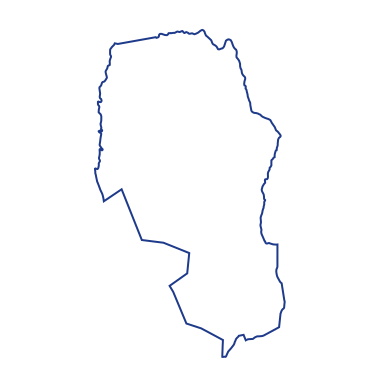 the district of Guajiquiro, La Paz, Honduras, rotated 184°
{"feature_id": "27666195B37681585704124", "entity_name": "Guajiquiro", "entity_type": "district", "adm_level": 2, "iso_a3": "HND", "parent_name": "Honduras", "parent_adm1": "La Paz", "projection": "equal_earth", "projection_center": [-87.784, 14.092], "detail": "fine", "context": "isolated", "style": "outline", "palette": "blue", "viewbox_px": 384, "rotation_deg": 184, "n_neighbors": 0, "source": "geoboundaries", "source_scale": "gbopen_adm2", "svg_char_len": 6073}
<svg xmlns="http://www.w3.org/2000/svg" viewBox="0 0 384 384"><g transform="rotate(184 192 192)"><path d="M207.8,96.8L203.8,91.1L188.4,60.4L173.3,56.6L150.8,46.5L150.7,41.3L150.3,29.7L149.7,29.6L147.9,30.0L147.1,29.9L146.9,30.1L146.6,30.3L144.8,35.3L142.0,39.0L139.7,42.5L139.2,43.7L138.9,45.2L138.3,46.7L138.0,47.9L137.8,48.4L137.2,49.3L135.6,51.1L135.3,51.8L130.6,53.1L128.0,47.8L127.2,48.3L126.1,48.9L124.7,49.2L121.4,49.6L120.7,49.9L119.8,50.8L118.6,51.7L117.2,52.4L116.5,52.6L115.0,52.7L112.0,53.2L110.5,53.8L95.7,63.2L95.2,77.0L94.9,77.8L94.6,79.0L94.1,80.3L93.4,81.4L92.6,82.0L92.4,82.3L92.1,82.9L92.0,83.7L92.0,86.0L91.9,88.4L91.9,89.1L92.4,90.6L96.2,107.2L97.2,107.9L98.0,108.7L100.6,112.8L101.1,113.7L101.4,114.6L101.9,116.1L102.1,117.1L102.4,118.6L102.4,120.3L102.2,121.2L101.7,122.5L101.6,123.7L103.1,145.6L104.0,145.4L107.4,145.4L110.5,146.1L111.6,146.5L112.1,146.4L113.2,145.9L113.9,145.8L114.4,145.9L115.0,146.4L115.3,146.8L115.6,147.8L116.0,148.0L116.5,148.7L116.8,149.4L117.3,150.4L118.5,152.7L119.8,155.2L120.0,156.1L120.2,157.0L120.1,158.7L120.1,159.3L121.1,162.3L121.4,163.6L121.4,164.2L121.2,165.4L121.1,166.8L121.7,170.7L121.7,171.6L121.3,173.3L120.6,175.4L120.2,178.8L119.9,180.0L119.5,181.1L119.5,182.5L119.1,184.4L119.2,186.6L119.2,187.2L119.0,187.9L118.5,188.5L118.5,188.8L118.5,189.1L119.4,189.9L119.6,190.2L119.7,190.9L119.9,192.7L120.2,194.0L120.4,194.7L121.9,197.1L122.4,198.2L122.6,199.0L122.6,199.6L122.4,200.5L122.0,202.6L121.7,203.1L120.8,204.9L119.7,206.3L119.8,207.3L120.1,208.8L120.0,209.4L119.8,209.7L119.5,209.8L118.0,210.1L117.7,210.5L117.4,211.1L117.3,212.0L117.3,212.8L117.6,215.4L117.4,217.1L116.2,219.8L116.2,220.2L116.2,221.1L116.2,221.6L115.3,222.7L114.9,223.5L114.7,224.0L114.7,224.7L114.8,225.6L114.9,227.7L115.0,228.5L115.0,229.0L114.8,229.5L113.9,230.3L113.0,231.9L112.0,232.5L112.0,233.0L112.1,233.7L112.1,235.5L111.5,238.6L111.1,239.4L110.8,239.6L110.5,239.6L110.4,239.9L110.5,241.4L110.4,242.1L110.1,243.1L109.8,244.5L109.8,245.5L109.9,246.7L109.8,247.9L109.8,249.3L109.7,250.4L109.4,251.2L109.1,251.9L108.8,252.3L108.2,252.8L107.6,253.5L107.5,254.0L107.6,254.7L108.8,256.2L109.3,256.7L110.2,257.7L111.2,258.6L112.1,259.1L112.5,259.5L113.7,262.0L114.1,262.7L117.2,266.5L118.6,268.8L118.9,269.2L119.9,269.7L121.2,270.2L124.0,270.9L126.9,272.0L128.1,272.8L129.2,273.9L130.1,274.1L131.5,274.8L133.4,275.2L135.5,275.3L136.3,275.5L137.8,276.4L138.2,276.9L138.6,277.8L138.9,279.1L139.8,282.4L140.2,285.1L141.7,287.9L142.0,288.9L143.0,291.1L143.5,293.6L144.2,295.5L144.8,297.7L145.4,298.6L145.7,298.8L145.8,299.0L145.8,299.4L145.7,300.3L145.7,300.9L146.0,301.4L146.2,301.7L146.6,301.9L147.1,302.0L147.4,302.9L147.5,304.0L147.4,305.5L147.3,306.3L146.8,308.5L146.9,309.4L147.1,310.0L147.4,310.5L148.9,311.8L149.7,312.7L150.3,313.8L150.6,314.6L151.1,317.0L151.6,318.0L152.1,318.6L152.6,320.2L152.8,321.0L153.0,323.3L153.9,325.6L154.3,326.4L155.4,327.8L156.5,328.9L157.0,329.6L157.1,330.3L157.2,331.4L157.0,333.9L157.3,335.6L157.5,336.2L158.0,337.1L158.9,337.7L160.3,339.1L161.5,341.3L161.6,341.6L162.8,344.4L163.9,346.1L165.2,346.7L166.3,346.8L166.5,346.6L167.0,346.6L168.5,345.5L168.7,345.3L168.8,344.8L170.1,339.6L170.4,339.0L170.9,338.2L171.4,337.7L171.8,337.4L173.0,337.0L174.7,336.2L175.2,336.2L175.6,336.2L176.0,336.3L176.2,336.6L177.5,338.6L177.9,339.0L179.0,339.8L181.1,340.8L181.6,341.2L182.2,342.1L183.2,344.3L183.6,344.9L187.6,348.1L188.8,348.9L189.4,349.8L190.0,351.1L190.3,351.6L190.5,352.4L191.1,353.2L191.7,353.9L192.3,354.2L192.9,354.4L193.4,354.3L194.1,353.9L195.3,353.0L197.0,351.4L199.1,350.2L200.4,349.6L200.9,349.6L201.3,349.8L203.0,350.3L203.9,350.1L205.2,349.7L205.9,349.7L206.4,349.9L206.9,350.4L207.5,350.7L208.8,351.1L209.5,350.8L210.3,350.2L210.7,350.1L211.3,350.4L212.5,351.7L212.9,351.9L213.3,351.8L215.4,350.7L216.3,350.8L217.4,351.0L218.0,351.0L220.4,349.5L222.0,349.4L223.6,349.0L224.3,349.1L224.9,348.8L225.8,348.9L226.4,348.8L226.5,348.7L226.7,348.1L227.0,347.5L227.6,347.0L228.0,346.7L229.1,346.7L230.3,346.8L233.2,347.6L234.1,347.6L234.9,347.5L235.3,347.1L235.7,346.7L235.8,346.0L235.9,345.0L236.3,344.2L236.5,344.0L238.1,343.3L238.4,343.4L239.0,343.9L276.3,334.5L279.4,334.9L279.9,333.6L280.2,333.1L281.8,331.3L282.6,330.1L283.3,329.0L283.6,328.2L283.4,324.6L283.2,323.4L282.9,322.8L282.3,321.9L282.2,321.4L282.3,320.7L282.7,319.5L283.2,317.2L283.2,316.1L283.0,315.0L282.9,313.1L283.1,312.8L284.2,312.3L284.7,311.9L284.9,311.3L285.0,310.2L285.2,309.3L286.4,306.9L286.6,306.3L286.5,305.6L286.4,304.9L285.0,300.8L284.9,300.2L285.0,299.7L286.0,297.8L286.8,296.5L287.4,296.0L288.7,295.5L289.3,294.9L289.5,294.4L290.0,292.2L290.3,291.6L291.6,290.0L291.6,289.8L291.6,288.8L290.5,283.8L290.6,282.0L290.7,280.7L290.6,280.1L290.5,279.6L290.2,279.1L289.9,278.8L289.4,278.6L289.0,278.0L288.7,277.3L288.6,276.7L288.7,276.2L288.9,275.8L289.2,275.4L289.6,275.3L290.2,275.2L291.6,275.7L291.9,275.6L292.1,275.4L292.1,275.1L292.0,273.3L291.7,272.4L290.8,271.4L290.6,271.0L290.4,270.6L290.4,269.7L290.7,267.8L290.7,265.1L290.5,264.8L289.1,263.6L288.5,263.0L288.1,262.2L287.8,261.3L287.7,260.7L287.5,256.8L287.7,255.1L288.0,253.6L287.9,253.4L287.8,252.6L286.9,249.7L287.0,249.2L287.1,248.7L287.2,248.4L286.1,247.5L285.9,247.0L286.0,246.6L286.2,246.3L287.4,246.4L288.3,246.6L289.0,246.4L289.3,246.1L289.1,245.6L288.5,245.0L286.9,244.3L286.7,244.0L286.6,243.6L286.6,243.2L287.0,239.5L287.2,235.2L287.4,233.3L287.4,232.4L287.1,231.8L286.3,230.7L285.3,229.4L284.4,228.7L284.2,228.4L284.1,228.1L284.2,227.8L284.3,227.6L284.5,227.4L284.8,227.3L285.3,227.5L286.7,228.3L286.9,228.3L287.1,228.0L287.1,227.3L286.9,226.1L286.8,225.3L286.7,223.1L286.9,221.1L287.1,220.0L287.2,219.5L286.9,218.4L286.1,217.1L286.0,216.3L286.7,214.8L286.9,214.3L287.0,213.8L286.8,211.6L287.2,209.4L287.5,208.8L287.8,208.4L288.2,208.3L290.0,208.7L290.4,208.4L290.4,208.1L290.0,206.3L289.7,203.7L289.3,202.8L288.6,200.2L287.3,195.7L286.4,194.0L283.4,187.4L282.6,186.0L281.5,184.1L280.5,181.5L279.7,178.6L279.3,176.6L262.4,189.8L238.7,140.6L216.9,139.4L190.5,130.9L191.1,110.5L207.8,96.8Z" fill="none" stroke="#1e3a8a" stroke-width="2"/></g></svg>